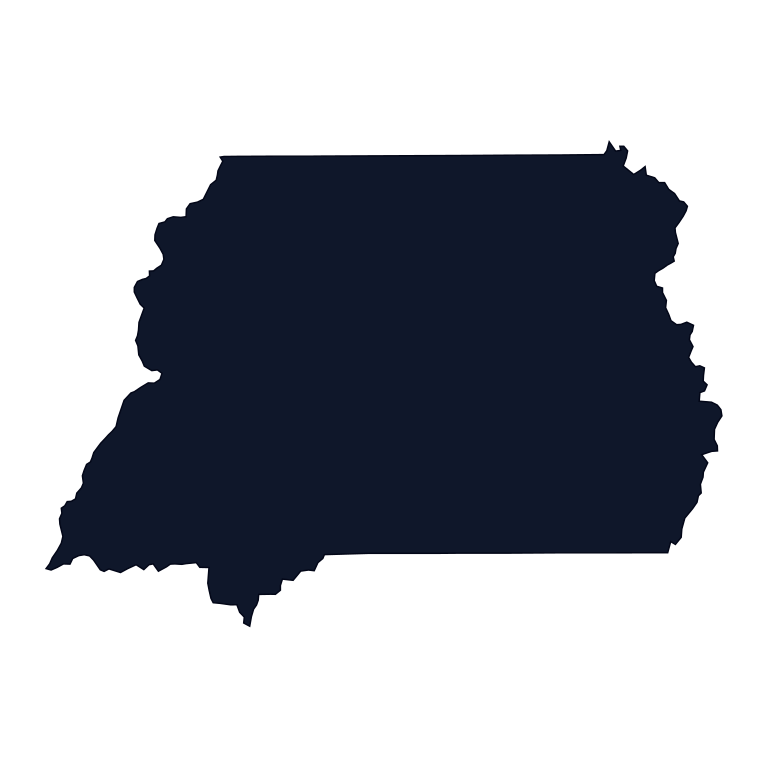 the district of Rolim de Moura, Rondônia, Brazil
{"feature_id": "56859067B5137929458601", "entity_name": "Rolim de Moura", "entity_type": "district", "adm_level": 2, "iso_a3": "BRA", "parent_name": "Brazil", "parent_adm1": "Rondônia", "projection": "robinson", "projection_center": [-61.8, -11.741], "detail": "fine", "context": "isolated", "style": "filled", "palette": "ink", "viewbox_px": 768, "rotation_deg": 0, "n_neighbors": 0, "source": "geoboundaries", "source_scale": "gbopen_adm2", "svg_char_len": 3123}
<svg xmlns="http://www.w3.org/2000/svg" viewBox="0 0 768 768"><path d="M249.7,626.2L251.4,616.6L253.6,609.1L256.5,605.0L258.2,600.2L258.7,594.4L270.6,594.2L275.4,594.3L280.4,590.2L280.4,585.5L282.4,579.1L293.1,580.3L300.7,571.1L308.5,570.0L314.2,570.7L317.9,562.6L322.8,558.5L324.4,554.6L369.1,553.3L414.6,553.3L438.7,553.3L461.1,553.1L508.6,553.1L557.8,552.8L608.3,552.8L655.8,552.7L667.7,552.7L670.7,541.6L675.4,544.4L681.2,537.3L681.8,529.0L684.8,518.1L692.7,508.5L697.0,502.3L698.4,495.7L701.2,493.0L700.4,484.2L703.0,477.2L703.4,472.1L707.7,462.8L701.7,454.7L706.3,453.1L711.8,451.3L717.5,450.9L717.3,445.8L714.1,439.4L714.5,429.3L717.7,422.3L721.9,415.9L720.9,409.7L717.3,405.1L711.5,402.2L699.2,401.2L699.9,392.6L704.5,390.9L707.1,384.8L703.2,381.1L703.5,375.4L704.4,367.9L699.8,365.8L695.4,366.7L691.4,362.2L688.6,357.4L691.2,350.8L693.0,346.6L689.4,339.7L690.0,334.9L692.2,331.5L693.5,325.3L686.8,322.2L681.0,324.4L676.6,324.7L671.0,320.7L668.7,314.4L665.6,307.7L666.4,300.4L662.5,292.6L662.5,288.0L656.7,286.3L654.2,280.6L654.9,273.3L658.5,270.7L663.2,268.0L667.3,265.0L670.7,263.2L674.2,261.1L673.2,256.8L675.2,253.3L676.0,248.5L678.2,243.5L675.4,232.5L675.0,227.9L679.0,222.5L683.2,216.2L686.1,210.8L687.4,206.3L683.7,201.9L679.4,200.9L674.6,193.6L668.7,189.3L664.6,182.6L658.8,182.6L654.7,177.8L646.3,175.2L645.1,166.6L640.3,170.4L633.7,174.5L623.2,166.0L626.2,158.0L627.6,150.9L623.8,146.3L619.9,146.3L620.8,150.4L615.6,151.1L609.2,141.8L606.8,150.7L604.0,154.6L560.4,155.0L511.4,155.2L464.8,155.5L418.3,155.7L372.1,155.9L322.5,156.1L311.7,156.2L276.6,156.2L233.4,156.4L227.8,156.5L224.0,156.5L220.2,157.1L222.8,161.2L220.6,165.5L218.0,170.8L217.4,175.1L216.2,180.2L210.6,184.7L207.4,191.1L203.3,199.3L197.5,202.1L190.1,203.7L186.4,208.9L186.1,216.7L180.8,217.4L173.2,216.8L167.4,218.7L164.9,221.9L159.0,223.5L157.0,228.4L155.0,234.8L154.8,240.5L160.0,248.3L163.2,254.3L163.9,259.3L161.4,265.2L156.8,268.2L153.6,270.9L149.4,271.1L149.6,275.9L146.1,278.5L142.4,279.4L137.5,281.5L134.3,287.4L134.3,292.0L137.0,297.7L140.3,304.3L144.2,308.0L139.0,322.3L138.5,330.1L137.5,335.8L135.6,340.4L137.9,345.9L138.8,354.9L142.2,361.0L144.3,366.1L151.8,370.6L157.4,369.9L162.0,373.3L160.0,379.5L154.3,383.2L148.2,382.9L140.6,387.5L134.4,391.7L130.9,393.0L124.1,400.3L118.1,417.9L116.1,426.6L112.0,431.5L108.7,434.6L105.0,438.7L100.8,443.1L98.4,446.3L93.8,452.5L92.0,458.2L90.4,462.0L86.6,464.4L84.1,470.5L82.4,475.8L83.4,483.2L81.4,487.9L76.8,493.1L75.5,498.9L71.3,501.3L67.2,501.6L64.8,505.8L61.3,508.2L61.9,513.3L59.5,518.8L59.9,524.1L62.9,536.4L61.3,543.2L57.3,550.5L52.3,557.8L49.7,563.8L46.1,568.6L51.1,570.0L57.1,567.4L63.5,563.9L70.0,564.1L72.7,558.5L78.8,555.6L84.2,554.7L89.6,555.9L93.6,560.1L100.3,569.8L104.1,571.4L108.9,568.9L116.3,571.2L120.5,572.5L127.7,568.6L136.1,564.7L143.8,569.6L149.0,564.7L153.2,563.9L158.4,571.2L166.5,566.8L170.3,564.1L174.8,563.9L181.9,564.3L186.1,563.6L196.3,562.6L199.8,567.3L209.0,567.5L207.8,583.2L209.2,590.5L211.0,598.4L213.2,602.7L219.8,603.3L230.7,604.8L236.9,604.7L239.7,612.3L244.3,617.1L243.7,623.0L249.7,626.2Z" fill="#0f172a" stroke="#020617" stroke-width="1.5"/></svg>